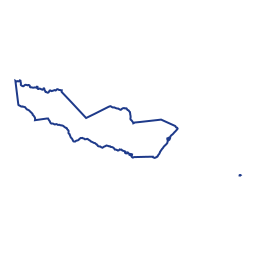 outline of Caravelas, Bahia, Brazil
{"feature_id": "56859067B12322517102910", "entity_name": "Caravelas", "entity_type": "district", "adm_level": 2, "iso_a3": "BRA", "parent_name": "Brazil", "parent_adm1": "Bahia", "projection": "natural_earth1", "projection_center": [-39.704, -17.688], "detail": "fine", "context": "isolated", "style": "outline", "palette": "blue", "viewbox_px": 256, "rotation_deg": 0, "n_neighbors": 0, "source": "geoboundaries", "source_scale": "gbopen_adm2", "svg_char_len": 5546}
<svg xmlns="http://www.w3.org/2000/svg" viewBox="0 0 256 256"><path d="M109.9,106.3L108.6,106.8L94.3,114.0L86.1,118.0L72.3,103.2L61.7,92.0L61.7,90.3L60.9,90.4L60.5,90.1L59.9,90.0L59.3,90.0L58.7,89.8L58.3,89.5L57.8,89.3L57.2,89.2L56.6,89.6L56.1,90.2L55.7,90.5L55.2,90.3L54.8,90.1L54.4,90.1L53.9,90.4L53.2,90.6L52.6,90.8L52.0,91.0L51.6,91.1L51.1,91.0L50.6,90.5L50.0,90.4L49.6,90.6L49.2,91.3L48.9,91.9L48.5,92.4L48.1,92.6L47.7,92.7L47.1,92.5L46.6,92.2L46.3,91.9L45.7,92.0L45.3,91.6L45.1,90.9L44.8,90.3L44.3,89.7L44.4,89.0L44.1,88.4L43.6,88.4L43.4,88.8L43.1,89.3L42.6,89.7L42.0,89.6L41.6,89.3L41.2,89.2L40.8,89.1L40.4,88.8L39.8,88.6L39.2,88.6L38.6,89.0L37.9,88.9L37.4,88.4L37.4,87.8L37.6,87.3L37.5,86.8L36.8,86.7L36.5,87.2L36.1,87.6L35.4,87.5L34.9,87.4L34.1,87.6L33.5,87.7L33.1,87.7L32.6,87.6L32.1,87.5L31.5,87.3L30.8,87.4L30.2,87.2L29.8,86.5L29.7,85.6L29.3,85.3L28.8,85.0L28.3,85.0L27.7,85.3L27.1,85.1L26.3,84.9L25.5,84.8L24.9,85.0L24.2,85.6L23.5,86.2L22.8,86.2L22.1,85.9L21.3,85.4L20.9,85.0L20.8,84.2L20.9,83.6L20.9,83.0L20.7,82.4L20.5,81.7L20.6,81.1L20.4,80.6L19.8,80.4L19.5,81.0L18.8,81.4L18.1,81.2L17.7,81.1L17.2,81.3L16.7,81.5L16.2,81.3L15.4,80.8L18.3,104.4L18.6,105.2L19.3,105.4L19.8,105.8L20.3,105.9L20.9,106.4L21.4,106.6L22.1,106.4L22.6,106.5L23.0,106.8L23.6,106.7L24.4,107.0L25.1,107.2L25.5,107.7L26.0,108.5L26.6,109.0L27.2,109.6L27.8,109.7L28.3,110.0L28.9,110.3L29.4,110.7L29.9,111.2L30.2,111.6L30.6,111.9L30.9,112.3L31.4,112.6L31.8,113.1L32.2,113.5L32.6,114.0L32.6,114.7L32.9,115.0L33.3,115.3L33.8,115.9L34.3,116.7L34.8,117.4L35.0,118.0L35.1,118.8L35.1,119.6L35.0,120.2L47.0,118.5L48.1,118.5L48.4,119.2L48.7,119.7L49.0,120.2L49.5,120.7L49.7,121.3L50.0,121.7L50.2,122.4L50.6,122.9L50.9,123.3L51.4,123.6L52.1,123.5L52.7,123.5L53.2,123.7L54.0,124.1L54.5,124.4L55.1,124.4L55.6,124.3L56.1,124.1L56.6,124.1L57.1,124.4L57.7,124.8L58.1,124.9L58.6,124.9L59.0,124.8L59.5,124.8L60.2,125.2L60.9,125.3L61.4,125.3L61.9,125.5L62.4,125.5L63.2,125.9L63.6,126.2L64.1,126.6L64.6,127.1L65.2,127.4L65.8,127.9L66.4,127.9L67.0,128.5L67.2,129.3L67.5,129.6L68.0,130.0L68.5,130.7L68.6,131.7L68.5,132.3L68.5,133.1L68.8,133.6L69.2,133.9L69.7,134.3L69.8,135.0L70.0,135.6L70.3,136.1L70.5,136.8L70.8,137.4L71.2,137.9L71.7,138.3L72.1,138.9L72.5,139.5L72.8,140.3L73.1,140.9L73.5,141.4L74.0,141.5L74.5,141.5L75.2,141.5L75.8,141.0L76.5,140.6L77.1,140.5L77.7,140.4L78.3,140.1L78.8,139.7L79.2,139.3L79.5,138.8L79.9,138.6L80.3,138.3L80.7,138.0L81.1,138.1L81.7,138.0L82.4,137.9L83.1,138.4L83.9,138.5L84.4,138.9L84.9,139.3L85.7,139.2L86.4,139.1L86.9,138.9L87.5,138.9L88.0,139.2L88.3,139.6L88.9,139.9L89.6,140.4L90.4,140.8L90.8,141.4L91.4,141.7L92.0,141.9L92.4,142.1L93.2,142.5L93.9,142.9L94.8,143.0L95.2,143.3L95.7,143.7L96.2,144.2L96.8,144.4L97.2,145.1L97.6,145.3L97.8,145.8L98.1,146.1L98.6,146.3L99.4,146.5L100.0,146.4L100.7,146.8L101.3,147.3L102.0,147.5L102.5,147.7L103.1,147.3L103.5,147.0L104.0,146.7L104.9,146.3L105.5,146.1L105.9,145.8L106.4,145.5L107.2,145.7L107.7,145.8L108.3,146.0L109.0,146.3L109.6,146.2L110.1,146.3L110.5,146.9L111.0,146.9L111.5,147.0L112.1,147.1L112.8,147.4L113.2,147.6L113.7,148.0L114.0,148.3L114.3,148.8L114.6,149.2L114.9,149.6L115.5,149.5L116.2,149.7L116.7,150.0L117.3,150.1L117.7,150.5L118.2,150.5L118.7,150.4L119.3,149.8L119.7,149.4L120.3,149.6L121.0,149.8L121.4,149.6L121.8,149.9L122.3,150.5L123.1,150.8L123.7,150.9L124.4,151.2L125.0,151.4L125.2,151.9L125.0,152.5L125.2,153.0L125.7,153.3L126.3,153.3L126.8,153.4L127.4,153.3L127.4,152.4L127.9,152.5L128.2,152.9L128.6,153.4L129.2,153.7L129.4,154.8L130.1,155.1L130.6,154.5L130.9,154.0L131.3,154.1L132.1,154.4L132.0,155.0L131.8,155.5L131.5,156.3L131.8,156.9L132.4,157.4L132.9,157.6L133.5,157.3L134.1,157.1L146.5,156.8L152.8,156.7L152.9,157.2L153.5,157.4L154.2,157.8L154.6,157.9L155.2,157.7L155.7,157.6L156.1,157.3L156.6,156.8L157.2,156.8L157.6,156.4L157.8,155.9L158.1,155.4L158.4,154.8L158.9,154.3L159.4,153.6L159.7,152.8L160.0,152.3L160.1,151.7L160.5,151.3L160.8,150.8L161.1,150.3L161.5,149.8L161.8,149.3L162.2,148.8L162.6,148.4L163.0,147.9L163.3,147.4L163.6,147.0L163.8,146.6L164.2,146.2L164.7,145.8L165.0,145.4L165.4,145.1L166.0,144.5L166.5,144.0L166.9,143.5L167.3,143.0L167.4,142.3L167.6,141.7L167.7,141.1L167.7,140.4L167.3,139.2L167.3,138.4L167.9,138.2L168.5,137.8L169.1,137.6L169.5,137.6L170.0,137.1L170.4,136.5L170.6,136.1L171.0,135.7L171.4,135.2L171.8,134.9L172.3,134.6L172.8,134.1L173.3,133.6L173.8,133.0L174.4,132.3L174.9,131.8L175.3,131.5L175.7,131.0L176.2,130.4L176.7,129.9L177.0,129.5L177.4,129.1L177.6,128.6L177.2,127.8L176.8,127.6L176.2,127.4L175.7,126.8L175.4,126.2L175.0,125.9L161.1,119.6L157.8,120.0L139.9,122.0L136.9,122.3L134.7,122.5L134.3,122.8L133.8,123.1L133.3,123.3L133.2,122.7L132.8,122.0L132.4,121.5L132.0,121.0L131.7,120.5L131.3,120.1L130.8,119.8L130.5,119.3L130.4,118.8L130.5,118.0L130.6,117.3L130.6,116.6L130.5,115.7L130.4,115.1L130.2,114.4L130.2,113.6L130.0,112.7L130.0,112.2L129.7,111.8L129.2,111.4L129.0,111.0L128.7,110.5L128.3,110.2L127.7,110.1L127.2,109.6L126.9,109.0L126.5,108.4L126.0,108.3L125.5,108.3L125.1,108.5L124.7,108.2L124.3,108.1L123.9,108.1L123.4,108.1L122.8,108.3L122.4,108.6L121.9,108.8L121.4,109.3L121.0,109.7L120.4,109.8L119.5,109.3L118.7,108.9L118.1,108.5L117.2,108.5L116.7,108.4L116.1,108.2L115.5,108.0L115.1,107.8L114.6,107.5L114.1,107.4L113.6,107.4L113.0,107.5L112.2,107.2L111.5,106.8L111.1,106.5L110.6,106.2L109.9,106.3ZM169.0,140.0L169.5,139.6L169.7,139.1L169.1,139.3L168.6,139.6L168.2,140.0L168.6,140.3L169.0,140.0ZM239.6,175.5L240.1,175.6L240.6,175.2L240.3,175.0L239.7,175.1L239.6,175.5Z" fill="none" stroke="#1e3a8a" stroke-width="2"/></svg>